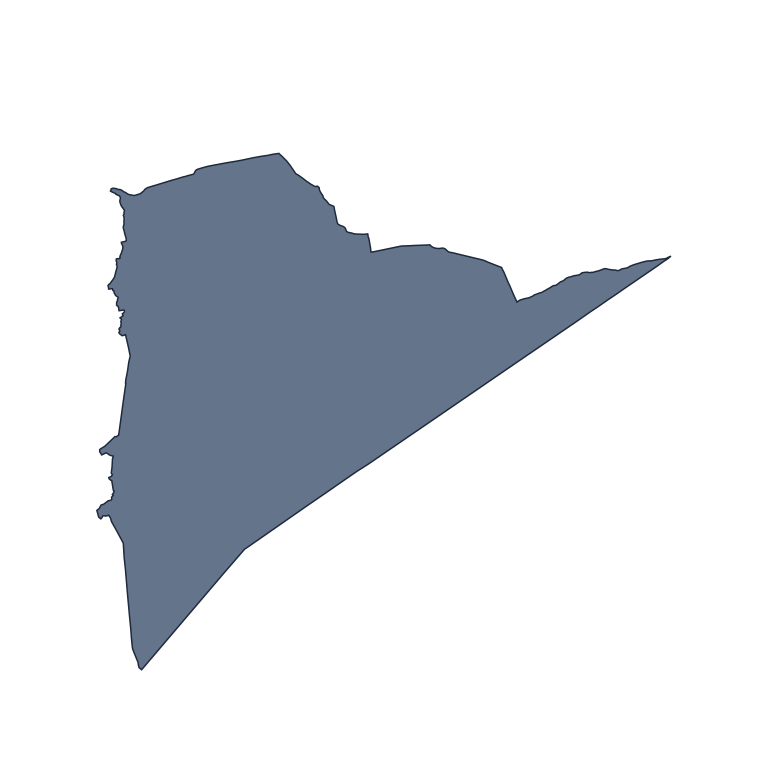 Moyale, Eastern, Kenya (orthographic projection), rotated 261°
{"feature_id": "3690345B29556459221230", "entity_name": "Moyale", "entity_type": "district", "adm_level": 2, "iso_a3": "KEN", "parent_name": "Kenya", "parent_adm1": "Eastern", "projection": "orthographic", "projection_center": [39.031, 2.902], "detail": "fine", "context": "isolated", "style": "filled", "palette": "slate", "viewbox_px": 768, "rotation_deg": 261, "n_neighbors": 0, "source": "geoboundaries", "source_scale": "gbopen_adm2", "svg_char_len": 6122}
<svg xmlns="http://www.w3.org/2000/svg" viewBox="0 0 768 768"><g transform="rotate(261 384 384)"><path d="M461.6,608.1L461.6,607.6L461.8,606.8L461.8,605.0L461.8,604.5L461.9,604.1L462.0,603.7L462.5,602.9L462.7,601.7L462.9,598.8L462.8,597.4L462.8,597.0L462.7,596.7L462.3,595.9L461.7,595.0L461.3,593.9L461.2,592.5L461.2,589.1L461.2,588.3L460.9,586.7L460.6,584.4L460.5,582.9L460.2,581.5L460.0,580.8L459.7,580.1L458.9,579.0L458.6,578.5L458.3,577.9L457.6,576.2L457.5,575.1L457.3,574.5L457.1,574.0L455.2,570.6L454.6,569.2L454.6,567.9L454.6,566.6L454.5,566.3L454.3,565.6L453.1,563.0L452.2,560.4L451.2,558.1L450.9,557.0L449.9,554.5L449.6,553.3L449.5,551.2L449.0,549.5L448.5,546.5L448.2,545.8L447.6,544.7L447.4,544.3L447.2,543.3L446.6,541.2L446.4,540.1L446.4,539.1L446.2,535.5L445.6,531.5L445.2,530.3L444.1,528.1L452.5,525.8L461.7,523.5L464.7,522.6L471.2,521.0L475.3,520.0L477.8,519.2L478.8,518.8L480.7,518.4L481.7,516.6L486.6,508.2L487.7,506.3L488.9,504.5L490.7,501.6L492.6,497.2L493.6,494.7L499.9,479.5L500.4,478.2L502.1,474.3L503.3,471.2L504.1,468.9L504.3,468.6L505.2,467.6L507.4,466.0L508.1,465.2L508.5,464.5L508.9,463.8L509.1,463.2L509.1,462.8L509.2,459.7L509.4,458.5L509.9,456.8L510.4,455.3L511.1,454.1L512.0,452.9L513.2,451.8L514.3,451.1L514.3,450.5L514.5,448.7L516.2,434.6L516.4,432.2L517.5,423.1L517.5,421.4L516.2,394.2L516.3,391.8L520.9,392.0L524.8,391.9L527.8,391.9L529.9,391.8L532.0,391.4L532.7,391.4L534.8,391.4L535.0,387.8L535.1,386.8L535.6,384.5L536.2,381.3L536.4,380.4L536.7,379.0L537.2,377.6L537.9,376.2L538.4,375.1L539.4,372.4L539.9,371.6L540.7,370.9L541.7,370.6L542.9,370.4L543.7,370.2L544.0,370.1L544.6,369.7L545.2,369.2L545.5,368.9L546.0,368.3L547.5,365.6L548.1,364.8L549.1,363.6L549.4,363.4L549.8,363.3L550.6,363.1L551.6,363.0L556.7,362.8L563.2,362.4L567.2,362.3L568.3,360.7L569.2,359.2L569.8,358.3L570.1,357.9L570.7,357.5L571.3,357.2L573.5,356.0L574.5,355.3L576.0,354.1L577.1,353.4L577.8,353.2L579.3,353.1L579.7,353.0L582.9,351.5L584.7,350.9L586.0,350.6L586.6,350.5L587.4,350.7L588.0,350.7L588.4,350.3L589.1,349.9L589.7,349.3L589.8,348.9L589.8,346.9L589.9,346.6L591.4,344.8L592.5,343.3L596.4,339.2L599.6,336.2L602.2,333.6L603.6,332.2L605.4,329.9L605.8,329.6L614.0,325.8L615.2,325.2L617.2,324.0L618.3,323.5L620.0,322.4L622.4,320.6L624.6,319.1L626.8,317.3L627.8,316.5L628.2,316.3L628.3,309.8L628.0,305.0L628.1,298.4L627.9,289.5L627.4,280.5L627.2,274.8L627.1,262.0L626.6,244.9L626.5,243.6L626.1,239.8L625.5,234.9L625.2,233.3L624.8,232.1L624.6,231.8L623.7,230.8L621.8,229.5L621.5,229.3L621.1,228.6L621.0,228.3L620.8,226.3L620.5,223.1L620.3,221.7L620.0,219.5L620.0,218.3L618.9,210.5L618.5,206.8L616.5,192.5L616.2,190.7L616.0,188.9L615.0,181.6L614.6,180.2L614.0,178.8L613.4,178.0L612.2,176.8L612.0,176.5L610.0,172.8L609.9,171.9L609.7,170.2L609.5,169.0L609.3,167.7L609.3,166.6L609.5,166.0L610.4,163.5L611.0,161.7L611.7,160.7L613.7,158.5L614.3,157.4L615.3,156.4L616.4,155.2L617.2,154.1L617.5,153.2L617.8,151.8L618.0,151.4L618.5,150.7L618.8,150.2L619.3,148.7L619.7,147.4L619.8,147.0L619.7,146.1L619.5,145.1L618.3,144.7L617.4,144.0L616.2,145.4L614.6,148.0L613.8,148.8L613.4,148.8L611.1,152.2L609.6,152.7L608.5,152.7L606.6,151.8L605.1,151.6L602.8,152.0L600.7,152.5L597.0,154.4L596.1,154.9L595.6,154.6L593.6,153.9L592.8,153.9L592.1,153.5L591.4,152.9L589.7,153.3L587.6,153.1L585.5,152.6L583.2,152.3L581.7,151.9L581.0,151.6L580.7,151.3L579.2,150.9L577.3,151.1L576.7,151.2L572.6,151.5L568.9,152.0L567.5,152.1L566.0,151.9L565.5,151.4L565.2,148.9L565.1,146.8L563.9,146.7L561.7,147.4L560.3,147.6L558.2,147.0L554.6,145.2L552.4,143.7L550.5,142.9L550.1,143.1L549.6,143.0L549.3,142.6L549.2,141.8L549.5,140.8L549.4,139.2L548.8,139.1L548.5,138.9L547.6,138.7L546.3,139.1L545.3,139.0L544.7,138.7L543.7,138.4L543.3,138.5L542.5,138.8L541.7,138.8L539.7,138.0L536.4,136.5L532.1,134.7L530.8,133.8L528.9,132.0L527.6,130.6L526.0,129.1L525.6,128.3L525.4,127.7L524.4,126.8L523.9,126.8L523.2,127.0L522.7,127.0L522.1,126.9L520.8,126.9L520.7,128.3L520.7,130.3L520.6,130.7L520.1,130.8L519.3,130.8L518.7,130.9L518.4,131.3L518.2,131.6L517.9,131.9L517.4,131.9L517.0,131.8L515.8,131.8L514.6,132.4L513.6,132.7L512.2,133.9L511.4,134.9L510.7,134.9L509.3,134.1L507.4,133.5L506.6,132.7L503.5,132.2L502.0,133.7L497.8,133.8L497.8,138.6L497.3,138.9L496.7,139.1L495.9,138.8L495.2,138.2L494.2,136.5L492.3,137.0L490.6,133.6L488.9,134.9L486.7,133.8L485.5,134.0L483.1,133.3L481.8,133.1L481.0,132.4L481.1,132.0L479.7,130.8L477.6,131.4L476.4,130.2L475.2,130.5L472.7,132.8L472.7,134.1L473.1,136.4L460.7,137.3L451.4,137.7L445.7,135.4L436.6,132.6L428.7,129.7L425.4,128.8L424.9,129.1L409.4,124.3L377.2,114.6L374.9,113.8L373.8,111.3L374.1,110.0L366.1,98.4L364.3,93.9L363.6,92.9L361.5,92.6L358.1,94.1L359.5,98.9L356.5,102.2L355.1,105.3L352.5,104.1L344.5,102.4L338.7,100.7L336.9,101.5L335.7,100.6L334.9,98.7L334.7,97.5L333.3,97.7L332.8,98.1L332.5,98.5L332.2,98.6L331.5,99.3L331.1,100.0L321.4,100.0L320.4,100.8L319.3,99.9L318.8,99.9L317.3,98.4L316.3,99.1L314.8,97.2L312.7,97.1L312.0,96.3L311.8,93.3L309.1,88.3L308.7,85.6L305.6,83.3L304.1,80.6L297.1,81.4L295.1,83.2L296.2,84.6L297.7,85.6L297.7,87.0L297.1,88.1L297.2,90.3L297.6,91.4L294.5,92.9L290.5,93.4L280.8,97.0L267.6,101.6L253.0,100.2L241.2,99.6L216.8,97.8L192.5,96.2L182.2,95.6L172.6,94.8L164.3,94.3L161.6,94.3L157.8,95.1L148.9,97.2L147.0,97.6L145.8,97.4L142.2,97.7L139.7,99.9L221.7,195.6L242.7,220.5L244.8,225.1L247.2,230.0L275.2,287.8L287.7,314.0L290.2,319.1L300.2,339.9L302.6,345.0L307.4,356.1L345.6,436.5L383.5,516.2L416.3,585.4L423.0,599.1L426.1,605.9L432.4,618.9L435.1,624.8L440.3,635.6L442.8,640.8L445.1,645.7L457.5,671.8L461.1,679.0L463.3,683.9L465.4,687.4L465.3,686.9L464.9,685.4L464.4,683.9L464.0,682.8L463.8,681.5L463.8,680.3L463.8,679.7L464.0,677.9L464.1,672.5L464.0,670.5L463.8,667.8L464.1,665.2L464.3,663.1L464.2,660.7L464.0,659.5L463.8,656.8L463.5,655.2L463.3,653.6L462.8,649.8L462.0,646.0L460.6,642.2L460.5,637.1L460.4,636.6L459.7,634.8L459.4,633.3L459.4,632.6L459.5,632.2L460.2,630.7L460.4,630.2L460.8,628.1L461.1,626.9L462.3,623.3L462.9,621.9L463.3,620.7L463.4,620.3L463.4,619.4L462.2,613.7L462.0,611.0L462.0,610.5L461.7,609.1L461.6,608.1Z" fill="#64748b" stroke="#1e293b" stroke-width="1.5"/></g></svg>